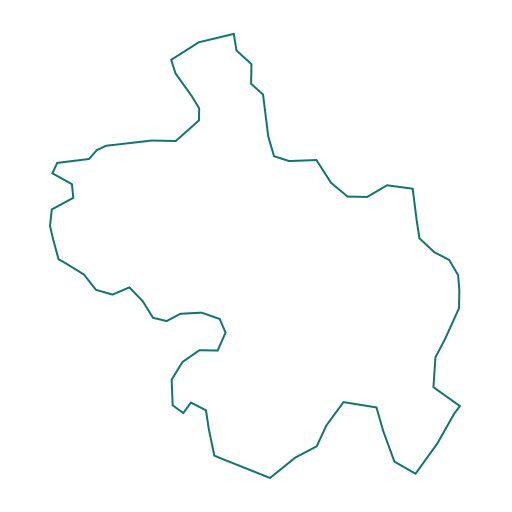 Uiryeong-gun, South Gyeongsang, South Korea, rotated 91°
{"feature_id": "91817680B90592918780723", "entity_name": "Uiryeong-gun", "entity_type": "district", "adm_level": 2, "iso_a3": "KOR", "parent_name": "South Korea", "parent_adm1": "South Gyeongsang", "projection": "natural_earth1", "projection_center": [128.274, 35.379], "detail": "fine", "context": "isolated", "style": "outline", "palette": "teal", "viewbox_px": 512, "rotation_deg": 91, "n_neighbors": 0, "source": "geoboundaries", "source_scale": "gbopen_adm2", "svg_char_len": 1112}
<svg xmlns="http://www.w3.org/2000/svg" viewBox="0 0 512 512"><g transform="rotate(91 256 256)"><path d="M402.5,49.5L384.1,76.3L354.1,74.8L336.1,65.7L304.6,52.1L286.6,52.1L271.6,53.6L256.6,62.7L249.1,77.8L235.5,92.9L217.5,96.0L186.0,100.5L183.0,126.2L195.0,145.9L195.0,165.5L181.5,182.2L159.0,197.3L160.5,224.6L155.9,239.7L136.4,245.8L94.4,251.8L83.9,263.9L64.3,263.9L50.8,279.1L34.3,282.1L43.3,317.0L47.0,322.5L61.3,344.2L74.8,339.7L97.3,323.0L109.4,315.4L121.4,315.4L142.4,338.2L142.4,362.4L148.4,407.9L152.9,417.0L161.9,424.6L166.4,456.4L176.9,461.0L187.4,441.3L201.0,439.7L213.0,461.0L229.5,462.5L241.5,459.5L262.6,453.4L268.2,443.4L268.6,442.8L277.6,427.6L292.6,415.5L297.1,398.8L289.6,382.1L303.1,368.5L319.6,357.9L322.6,344.2L315.1,330.6L313.6,309.4L319.6,291.2L333.1,285.1L351.2,292.7L351.2,310.9L363.2,327.6L381.2,338.2L406.7,336.7L414.3,326.0L403.7,318.5L411.2,303.3L429.3,300.3L456.3,294.2L459.3,286.7L477.7,238.1L456.9,213.3L445.2,192.0L424.1,182.6L400.6,166.0L405.3,132.9L428.7,125.8L459.2,114.0L470.9,92.7L440.4,71.5L409.9,54.9L402.5,49.5Z" fill="none" stroke="#0f766e" stroke-width="2"/></g></svg>